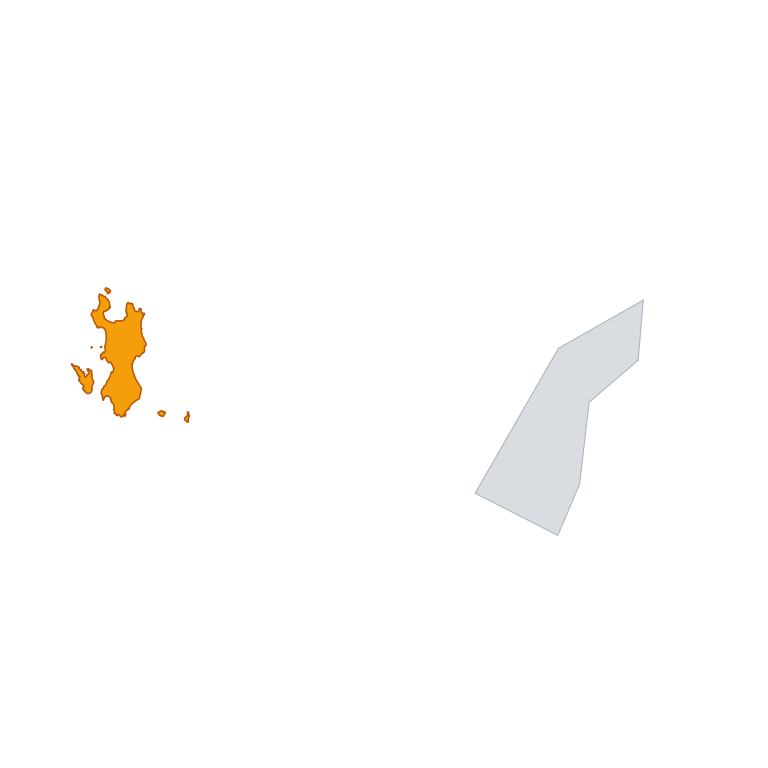 Praslin, Baie Sainte Anne, Seychelles shown in context, rotated 242°
{"feature_id": "34574756B43978553392406", "entity_name": "Praslin", "entity_type": "district", "adm_level": 2, "iso_a3": "SYC", "parent_name": "Seychelles", "parent_adm1": "Baie Sainte Anne", "projection": "mercator", "projection_center": [55.728, -4.319], "detail": "fine", "context": "in_parent", "style": "filled", "palette": "amber", "viewbox_px": 768, "rotation_deg": 242, "n_neighbors": 0, "source": "geoboundaries", "source_scale": "gbopen_adm2", "svg_char_len": 6311}
<svg xmlns="http://www.w3.org/2000/svg" viewBox="0 0 768 768"><g transform="rotate(242 384 384)"><path d="M333.6,554.8L336.4,652.3L285.7,619.6L271.6,556.6L203.8,509.7L168.7,466.4L244.8,413.2L333.6,554.8Z" fill="#d9dde1" stroke="#a8b0b8" stroke-width="1"/><path d="M501.8,128.6L501.0,128.1L501.9,129.3L502.5,129.5L502.7,129.9L503.4,130.3L503.1,130.7L503.2,131.1L504.0,132.1L504.0,132.4L503.8,133.1L502.3,135.2L501.1,135.8L500.4,135.8L499.6,135.5L499.3,135.9L498.9,135.6L498.7,135.8L497.2,134.9L496.8,135.1L494.7,135.0L493.1,135.9L491.6,135.1L489.8,134.8L488.4,133.3L486.8,133.2L484.8,132.4L484.7,132.1L483.9,132.8L481.6,133.2L481.4,133.9L481.9,134.5L481.5,135.2L480.7,135.9L478.8,136.0L477.9,137.2L478.1,138.3L479.3,139.3L479.2,139.7L478.2,140.7L477.4,139.9L477.1,140.0L477.2,140.4L478.2,141.6L478.3,140.8L479.0,140.9L480.5,142.3L481.1,143.4L482.0,146.0L481.6,146.1L481.5,146.9L482.5,148.0L483.0,148.2L484.5,150.8L485.7,155.9L485.5,156.1L485.9,158.1L485.9,160.8L486.4,161.6L488.1,162.8L489.9,164.6L492.0,165.9L492.9,167.2L494.4,167.9L497.3,167.5L504.4,167.1L506.7,167.2L507.0,167.0L507.4,167.4L512.8,168.1L517.6,169.8L519.4,170.9L519.7,170.8L519.6,171.0L519.9,171.4L521.9,173.3L523.4,176.4L523.9,176.2L524.1,176.3L524.1,176.8L524.7,177.5L525.0,178.4L524.8,179.4L523.0,180.4L523.1,181.3L524.3,183.7L524.3,184.4L524.7,185.4L524.8,185.7L524.5,185.7L524.7,186.9L525.2,187.8L525.9,188.3L527.3,188.7L527.7,189.1L528.5,189.4L529.3,190.5L529.7,190.8L529.6,191.0L529.9,191.3L529.8,191.8L530.5,192.5L532.0,193.1L535.3,192.7L536.9,193.3L537.7,193.3L539.7,192.9L541.7,193.8L545.3,194.6L546.2,195.9L546.8,196.1L547.2,195.9L550.2,196.9L550.4,197.3L551.7,197.9L551.8,198.2L552.6,198.8L553.6,199.2L555.4,201.0L556.1,202.7L558.1,203.9L557.6,204.4L557.7,205.2L559.0,205.4L559.0,204.9L561.5,203.3L562.0,203.4L562.7,204.0L564.6,204.7L565.1,204.1L565.0,203.7L565.4,203.4L564.2,202.1L563.5,200.4L565.0,198.7L565.7,198.3L567.5,199.0L570.4,198.8L571.9,199.5L572.7,199.5L573.5,199.3L573.6,199.0L573.6,197.8L574.4,197.8L574.5,197.3L576.1,196.2L575.7,195.0L574.3,193.5L572.7,192.7L570.0,190.6L569.5,190.4L568.6,190.6L568.3,190.3L568.1,190.6L567.5,190.2L567.4,189.8L566.0,189.5L565.5,189.8L564.9,189.5L564.5,189.0L564.2,186.1L563.5,185.5L562.8,185.6L562.6,185.2L562.9,182.2L565.6,177.1L565.3,176.6L565.5,176.0L564.4,174.9L565.6,173.0L567.0,171.6L569.7,169.5L571.5,168.7L573.7,168.0L573.9,168.3L575.0,168.7L577.4,168.9L579.1,170.1L579.5,170.9L579.4,172.1L579.2,172.2L578.8,173.2L579.1,173.4L579.1,173.8L579.4,173.9L579.6,174.4L579.2,175.2L579.6,176.0L579.2,176.3L580.3,177.3L580.1,177.7L580.5,178.2L580.4,178.5L580.6,178.5L580.9,178.1L581.1,178.5L582.2,178.6L582.9,179.2L583.1,179.0L584.7,179.8L585.8,179.9L587.3,179.6L588.1,179.8L589.8,179.4L589.9,179.7L589.9,179.2L590.3,179.0L592.0,179.0L592.5,178.7L592.9,177.7L594.8,177.0L595.0,176.4L596.9,175.2L596.0,173.9L595.2,173.4L593.5,173.0L592.4,172.0L589.7,171.7L587.5,169.9L587.1,169.0L586.1,168.6L584.4,166.2L583.6,164.0L584.3,163.7L585.9,162.4L585.3,161.2L584.5,161.0L583.4,158.4L581.9,157.9L580.3,157.8L579.5,158.2L576.2,157.5L575.0,157.6L572.9,157.4L569.9,157.6L569.0,157.2L567.5,158.0L567.5,158.5L568.4,159.4L567.4,160.5L566.6,160.9L565.5,162.6L564.7,162.9L561.3,163.1L555.5,160.7L551.7,158.3L547.6,154.7L545.3,154.1L543.4,152.8L543.2,151.7L543.9,151.3L544.0,150.9L543.9,150.4L542.9,149.1L542.9,148.7L543.1,148.4L542.9,147.6L542.1,147.3L541.9,146.9L541.5,146.9L540.7,146.4L539.5,146.0L537.9,146.4L537.9,147.0L538.8,148.2L538.6,149.0L538.9,149.4L537.9,150.8L537.5,150.9L537.0,150.6L536.5,150.8L535.1,150.1L532.0,150.8L531.7,151.2L531.9,152.5L530.9,153.1L524.7,152.7L522.0,150.5L521.8,150.2L522.6,148.8L522.5,148.6L521.9,148.4L520.1,146.3L519.3,145.8L518.5,144.2L518.3,144.1L517.6,143.2L516.3,140.5L514.6,139.0L513.8,137.4L513.4,137.1L513.6,136.6L513.2,135.1L512.0,134.3L511.6,133.6L511.9,132.7L511.7,132.4L510.3,131.1L508.4,129.8L507.6,129.9L505.5,129.6L503.6,128.8L502.6,128.5L501.8,128.6ZM520.5,115.7L520.4,116.1L519.9,116.3L518.8,116.0L518.8,116.6L518.5,116.9L517.1,116.5L514.9,117.5L514.8,118.1L514.1,119.1L514.3,119.9L514.0,120.9L514.2,121.0L514.4,121.8L516.4,124.0L517.9,124.1L519.3,125.5L519.4,125.9L519.9,126.1L520.6,127.0L521.6,128.5L522.3,128.4L523.1,128.9L525.0,128.8L527.4,129.4L527.8,129.6L528.2,130.2L529.6,130.5L530.0,131.0L531.7,131.2L532.0,131.7L532.7,132.1L532.9,131.9L532.7,131.6L533.2,131.7L534.1,131.4L534.3,130.6L534.8,130.0L535.2,129.9L535.4,130.2L535.5,130.0L536.2,130.1L536.3,129.2L536.0,129.1L536.3,128.9L535.4,128.7L534.9,129.1L534.4,128.7L533.7,129.1L532.1,129.0L531.6,128.0L531.4,125.9L530.1,124.5L530.5,123.6L531.0,123.2L531.5,123.3L533.2,124.0L533.5,124.5L534.9,123.3L535.2,123.4L535.3,123.6L535.6,123.3L536.0,123.3L536.1,124.0L536.3,123.6L537.7,122.8L538.3,123.3L538.9,123.3L539.0,122.8L540.1,122.0L541.0,122.2L541.6,122.6L542.1,122.6L544.1,121.0L544.6,119.7L545.3,119.5L546.6,118.3L547.4,118.0L548.3,118.0L548.4,117.5L547.8,117.2L547.3,117.7L546.3,117.4L544.9,117.8L543.8,117.4L543.2,117.9L541.7,117.6L541.4,117.9L541.5,118.2L541.0,118.3L538.7,118.2L537.8,117.8L536.1,118.3L535.6,117.9L534.5,118.3L534.0,118.1L533.5,119.0L532.8,118.7L532.0,117.7L531.4,117.6L531.4,117.2L531.7,117.1L531.2,116.5L529.7,116.2L529.2,116.6L527.4,116.7L525.9,117.4L525.6,117.2L525.4,117.7L525.1,117.7L524.8,118.0L524.3,118.1L523.7,117.7L523.4,118.1L522.1,117.2L521.8,116.7L522.0,116.4L521.8,116.0L520.5,115.7ZM464.6,170.8L461.5,171.2L460.6,171.9L460.3,172.5L459.2,173.4L459.2,174.0L460.4,175.8L460.6,177.0L461.6,177.0L462.3,177.4L462.4,176.7L462.7,176.2L463.8,176.0L463.7,175.6L464.0,175.6L465.1,174.4L465.1,173.3L464.8,172.4L464.9,171.5L464.6,170.8ZM447.5,192.0L446.5,191.3L445.6,191.2L443.9,192.3L443.4,192.0L442.8,192.8L442.4,193.0L442.3,193.5L443.2,193.6L443.4,194.0L444.2,194.3L444.5,194.7L445.8,195.0L446.6,196.4L446.6,196.8L447.2,197.2L449.4,197.6L450.8,198.2L450.9,197.7L451.4,197.3L450.0,196.8L449.2,196.1L448.6,196.1L447.5,192.0ZM598.6,182.2L597.5,181.8L597.0,182.2L595.8,182.3L594.7,183.2L593.9,183.0L593.8,182.8L593.7,183.3L593.3,183.5L593.6,184.0L593.5,185.0L594.9,186.4L596.3,185.7L597.3,185.5L597.4,184.9L598.5,184.6L599.3,183.8L599.2,182.9L598.6,182.2ZM549.5,152.2L549.8,152.0L549.8,151.4L549.5,150.9L549.0,151.2L549.5,152.2ZM553.9,142.7L553.3,142.8L553.5,143.0L553.5,143.6L554.1,143.5L553.9,142.7Z" fill="#f59e0b" stroke="#b45309" stroke-width="1.5"/></g></svg>